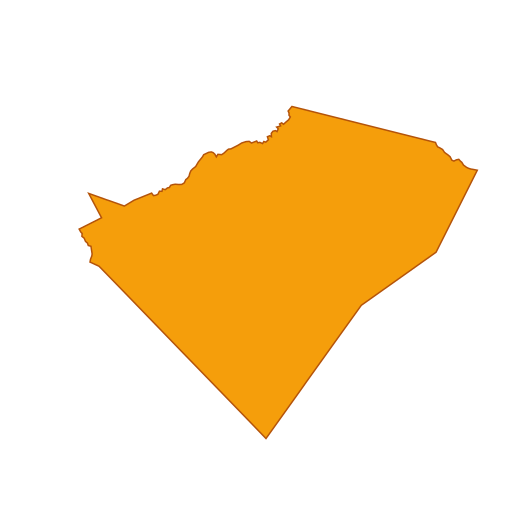 outline of Cristino Castro, Piauí, Brazil, rotated 20°
{"feature_id": "56859067B91593223630343", "entity_name": "Cristino Castro", "entity_type": "district", "adm_level": 2, "iso_a3": "BRA", "parent_name": "Brazil", "parent_adm1": "Piauí", "projection": "equal_earth", "projection_center": [-44.047, -8.801], "detail": "fine", "context": "isolated", "style": "filled", "palette": "amber", "viewbox_px": 512, "rotation_deg": 20, "n_neighbors": 0, "source": "geoboundaries", "source_scale": "gbopen_adm2", "svg_char_len": 1684}
<svg xmlns="http://www.w3.org/2000/svg" viewBox="0 0 512 512"><g transform="rotate(20 256 256)"><path d="M236.6,108.8L238.1,110.3L238.9,112.5L240.7,113.6L240.1,116.8L238.2,120.1L236.8,122.8L234.6,122.1L233.0,123.9L234.6,125.3L233.0,126.6L231.3,127.8L233.4,128.9L233.2,131.9L231.5,131.5L229.3,132.9L228.4,135.5L229.7,138.6L227.8,138.3L225.9,140.0L227.9,142.6L226.2,145.7L224.2,145.7L223.7,148.1L220.7,147.9L218.9,149.0L217.3,147.7L215.6,149.2L213.1,151.4L210.4,150.6L207.5,151.9L203.9,154.7L201.3,158.0L197.5,162.1L195.8,163.9L193.6,165.0L192.5,166.7L190.8,170.1L189.1,172.5L185.4,173.5L184.8,176.4L182.5,174.4L180.3,173.5L178.4,173.5L176.0,174.8L172.2,178.7L171.8,181.1L169.7,187.2L168.7,192.6L166.6,196.0L165.6,198.4L165.5,201.1L165.8,204.0L165.0,206.5L163.9,208.2L163.6,211.8L161.8,214.1L159.1,215.2L155.5,216.2L153.1,217.6L151.6,218.8L151.2,221.2L149.5,222.3L148.0,224.7L145.2,224.9L145.5,227.4L143.1,228.1L142.7,231.6L140.9,233.3L139.0,234.3L136.4,232.6L122.3,245.3L115.2,254.1L99.0,254.2L96.1,254.3L94.4,254.3L77.4,254.4L97.8,272.9L80.6,291.2L83.0,293.3L84.9,294.3L85.7,297.1L88.4,298.0L90.8,300.6L93.2,301.5L94.8,303.5L97.6,303.3L99.1,306.1L101.3,310.1L101.7,312.2L101.6,315.6L102.1,318.5L112.0,319.3L141.4,333.5L218.5,371.0L250.5,386.5L305.1,413.0L327.8,424.1L340.7,377.8L344.8,363.0L346.3,357.4L359.5,310.1L371.8,266.3L423.9,190.9L434.6,99.7L430.2,100.4L428.2,100.8L425.8,100.9L423.6,100.7L419.9,99.6L417.4,97.6L415.3,96.8L413.5,95.8L411.4,97.1L409.5,99.1L407.3,99.0L404.4,96.3L401.4,95.2L399.4,94.7L397.6,94.1L394.9,92.1L391.6,91.5L389.4,91.3L387.6,89.9L385.8,87.9L380.4,88.5L343.8,92.3L238.6,103.2L236.6,108.8Z" fill="#f59e0b" stroke="#b45309" stroke-width="1.5"/></g></svg>